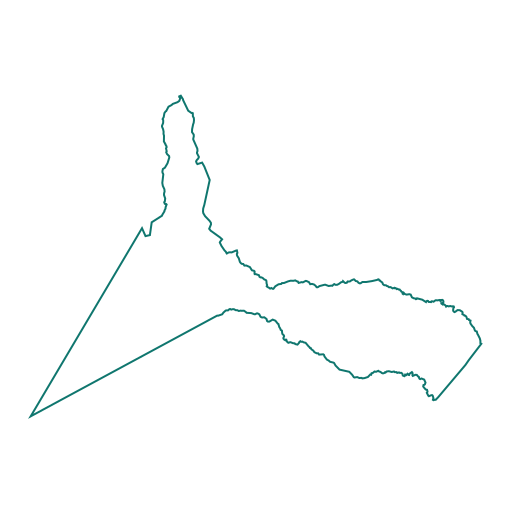 the district of Cental Imenti, Eastern, Kenya
{"feature_id": "3690345B53474417583970", "entity_name": "Cental Imenti", "entity_type": "district", "adm_level": 2, "iso_a3": "KEN", "parent_name": "Kenya", "parent_adm1": "Eastern", "projection": "natural_earth1", "projection_center": [37.683, 0.042], "detail": "fine", "context": "isolated", "style": "outline", "palette": "teal", "viewbox_px": 512, "rotation_deg": 0, "n_neighbors": 0, "source": "geoboundaries", "source_scale": "gbopen_adm2", "svg_char_len": 6108}
<svg xmlns="http://www.w3.org/2000/svg" viewBox="0 0 512 512"><path d="M30.7,416.3L217.2,315.6L218.1,315.7L222.2,314.3L223.4,312.6L225.5,310.7L226.1,310.4L228.0,310.4L229.4,309.2L230.1,309.0L231.2,309.6L232.6,309.2L233.9,309.2L235.8,310.2L237.3,310.2L238.8,311.0L240.8,310.6L241.5,310.8L243.9,310.7L245.7,311.9L246.6,312.8L251.3,313.1L254.2,314.2L255.0,314.3L256.8,313.4L257.6,313.4L259.3,314.3L260.5,316.7L261.1,317.1L262.1,317.5L264.3,317.3L265.4,318.1L266.6,319.1L267.0,320.9L267.9,321.6L269.3,321.6L272.7,319.6L275.4,320.7L277.8,323.7L278.4,324.0L279.3,327.1L280.2,328.4L280.7,329.9L281.9,330.6L282.2,333.2L282.5,334.1L283.9,335.4L284.1,336.3L283.4,337.9L283.4,338.6L284.2,339.6L285.2,340.2L285.5,339.7L286.3,339.7L286.9,341.5L288.0,342.6L288.7,342.8L289.2,342.4L290.5,342.2L293.0,343.2L294.6,343.3L295.3,344.1L297.5,344.6L299.0,342.9L299.2,342.2L300.3,341.2L301.1,341.8L302.4,341.6L303.5,342.3L305.6,342.8L308.7,346.5L309.3,346.9L310.0,348.0L310.8,348.1L311.4,349.3L313.3,350.6L314.4,352.2L316.7,353.3L318.2,353.3L319.1,354.6L323.2,354.3L324.0,354.9L324.5,356.5L326.9,359.6L328.6,360.5L330.1,361.8L333.4,362.6L334.1,363.0L335.5,365.5L339.5,369.6L349.3,371.8L352.2,374.8L353.8,377.2L354.5,377.5L357.2,377.1L359.3,378.0L361.7,377.9L362.3,378.4L364.5,378.1L367.9,377.0L370.3,374.5L371.2,374.7L371.6,373.2L372.9,372.9L374.5,371.5L376.0,371.8L378.3,370.8L379.1,371.5L380.5,371.9L381.8,373.0L383.0,373.4L384.5,372.9L385.1,372.2L385.6,372.5L386.6,371.5L388.9,371.2L391.7,372.0L394.0,371.5L394.6,372.1L396.6,372.1L397.0,372.8L397.6,372.9L399.0,372.4L399.7,372.9L401.5,372.9L402.5,374.0L402.8,375.5L404.4,376.2L405.1,375.6L405.1,374.6L405.9,374.6L406.4,375.0L407.5,373.8L408.5,374.9L409.1,375.0L409.5,373.8L411.9,372.1L412.4,372.7L412.6,373.7L412.4,375.2L412.8,375.9L415.4,374.8L416.8,374.9L418.1,376.5L418.8,376.8L419.1,378.0L419.6,378.8L420.2,379.1L421.5,378.5L424.2,379.6L425.5,382.6L424.9,384.3L424.4,384.8L423.5,385.0L423.2,386.4L423.6,387.1L425.7,389.5L427.0,389.8L427.5,391.4L427.3,392.2L426.8,392.8L428.3,395.7L428.9,396.2L431.3,395.2L432.3,395.2L432.8,395.9L433.4,398.1L432.9,399.8L433.5,400.2L435.0,399.7L435.7,399.8L438.1,397.3L465.4,365.0L468.8,360.1L481.3,343.8L480.4,343.2L480.4,340.7L479.8,338.4L477.9,334.6L477.4,333.9L476.8,331.5L475.5,331.1L474.9,330.5L473.9,327.7L472.2,326.0L470.4,323.4L470.2,322.1L470.5,320.6L469.0,320.0L468.7,319.2L467.0,318.9L466.5,317.1L466.0,316.3L465.3,315.7L464.5,315.7L464.0,315.0L462.4,314.2L462.6,312.6L462.3,311.8L459.8,310.2L457.5,310.1L455.4,311.7L454.5,312.1L453.8,311.6L453.3,311.0L453.1,310.2L453.4,308.0L454.0,307.3L453.8,306.5L453.1,306.3L451.5,306.4L450.2,306.0L448.7,306.4L447.6,306.0L446.9,306.0L446.1,306.6L445.6,305.6L444.8,304.9L443.8,304.3L442.8,304.6L442.2,304.0L441.6,303.8L441.3,303.2L442.9,302.8L443.4,302.2L443.4,301.2L443.0,300.4L442.5,299.9L440.9,300.0L441.0,300.8L440.4,301.0L439.4,300.0L437.4,300.4L435.9,300.2L435.0,300.6L433.6,301.7L432.3,301.3L431.5,301.3L431.1,302.1L428.6,301.9L428.1,301.0L427.3,300.8L426.5,301.2L426.0,302.1L422.3,299.7L417.0,298.3L416.6,299.0L415.9,299.2L415.2,298.5L413.8,298.3L411.9,297.3L410.7,294.6L409.3,294.2L406.6,294.6L404.7,294.0L403.8,292.9L403.1,294.1L402.6,293.7L402.4,292.2L401.3,291.6L401.0,290.9L400.5,290.6L399.6,289.5L398.9,289.6L397.5,288.8L396.7,289.1L395.7,288.1L394.9,288.3L394.5,287.8L392.6,288.4L390.6,287.1L389.0,287.2L387.8,286.2L386.9,286.0L386.0,285.3L384.3,285.2L383.5,284.7L382.9,284.1L382.3,282.5L380.5,281.2L380.1,280.6L379.5,280.6L378.8,279.5L378.2,279.3L377.2,279.9L371.9,281.1L366.2,282.0L362.4,282.0L360.7,283.2L359.9,283.4L358.5,282.8L357.4,281.4L355.7,281.0L354.2,279.4L353.6,279.4L351.3,280.4L350.0,281.4L348.5,281.6L347.8,281.4L347.3,281.8L347.0,282.6L346.2,282.9L345.4,283.0L344.6,282.7L343.0,281.1L342.7,281.8L341.0,282.3L338.9,283.9L337.1,284.8L335.4,284.8L334.3,284.1L333.7,284.4L332.3,285.8L331.4,285.6L328.7,286.0L325.2,284.7L324.4,284.8L319.4,286.1L318.2,287.0L317.3,287.3L316.6,287.2L315.6,285.8L314.0,284.5L312.0,283.9L310.2,284.2L309.0,282.2L306.5,281.0L305.7,280.9L302.8,282.4L301.8,282.1L298.6,282.9L297.8,281.5L296.8,281.3L295.3,280.4L293.3,280.8L290.6,280.7L288.0,281.4L284.0,283.0L281.9,283.1L281.3,283.9L278.5,284.3L275.3,286.3L273.4,288.8L272.6,288.8L271.4,288.0L270.1,288.6L268.9,287.7L267.3,286.9L266.7,286.2L267.1,285.7L267.1,285.0L266.6,283.6L266.4,280.9L265.9,280.1L264.2,279.4L262.6,277.9L261.1,277.3L260.4,277.4L259.5,276.8L258.9,275.2L255.7,274.1L254.7,274.1L254.5,273.3L254.6,271.4L254.0,270.8L251.9,270.3L249.9,267.1L246.3,265.5L244.4,265.6L243.3,264.0L241.7,263.8L240.8,263.1L239.9,261.9L238.8,258.3L237.2,255.8L236.9,254.8L236.9,253.8L237.4,252.9L236.9,250.4L236.2,250.5L231.7,252.4L229.7,252.3L228.5,252.5L226.8,253.5L226.3,252.8L225.9,251.8L224.5,250.4L221.5,246.0L219.8,242.5L220.2,241.6L222.1,239.3L219.9,237.3L210.7,230.7L209.2,228.8L211.0,224.4L210.9,222.8L209.6,220.9L205.1,216.2L203.3,213.2L203.0,211.4L203.2,208.5L204.3,204.9L209.7,180.0L204.3,166.5L202.1,162.6L197.4,164.1L196.5,162.8L196.1,161.3L196.9,159.9L198.2,158.6L198.9,157.0L197.0,153.2L197.0,152.4L197.5,151.0L197.3,148.6L193.4,139.8L193.2,139.0L193.8,136.2L193.7,134.6L192.0,132.1L192.1,129.2L193.1,124.4L193.7,122.7L194.0,120.1L193.8,117.9L192.9,116.4L192.8,113.2L192.1,112.9L191.5,113.0L188.2,110.7L183.1,100.1L183.0,99.3L180.8,95.7L179.2,96.4L179.3,97.1L180.3,98.1L179.3,100.9L177.5,102.2L172.8,103.9L171.5,105.1L168.5,106.7L166.2,111.1L165.6,111.4L164.4,113.1L163.7,117.1L162.6,119.1L163.2,120.1L163.2,121.9L163.1,123.1L162.0,125.8L162.0,126.6L163.1,129.3L163.6,131.7L163.5,133.9L164.0,135.7L163.9,141.6L164.7,142.7L164.9,143.6L165.6,144.3L165.8,145.4L166.5,146.2L166.6,147.3L166.0,148.3L166.7,151.3L166.2,152.2L167.0,154.0L169.1,156.1L169.3,157.5L167.5,163.3L164.9,167.7L162.9,169.0L162.4,171.3L162.5,172.7L163.0,173.5L163.3,174.4L162.3,182.9L162.8,185.8L164.4,189.3L164.6,191.6L164.1,193.2L164.0,195.0L165.2,198.5L164.8,201.5L164.2,202.2L164.8,203.8L165.4,204.1L166.1,204.0L166.6,204.5L165.6,207.2L165.5,208.6L164.5,210.5L164.4,211.4L162.3,214.8L162.0,215.7L151.7,222.3L149.9,235.1L145.5,236.1L142.0,228.2L30.7,416.3Z" fill="none" stroke="#0f766e" stroke-width="2"/></svg>